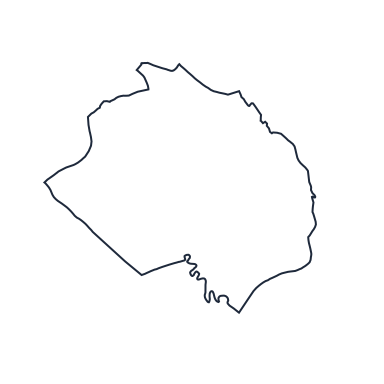 Kushar, Hajjah, Yemen (Equal Earth projection), rotated 139°
{"feature_id": "15242507B36240154715338", "entity_name": "Kushar", "entity_type": "district", "adm_level": 2, "iso_a3": "YEM", "parent_name": "Yemen", "parent_adm1": "Hajjah", "projection": "equal_earth", "projection_center": [43.47, 16.172], "detail": "fine", "context": "isolated", "style": "outline", "palette": "slate", "viewbox_px": 384, "rotation_deg": 139, "n_neighbors": 0, "source": "geoboundaries", "source_scale": "gbopen_adm2", "svg_char_len": 5412}
<svg xmlns="http://www.w3.org/2000/svg" viewBox="0 0 384 384"><g transform="rotate(139 192 192)"><path d="M297.1,296.0L296.9,294.7L296.9,291.9L297.0,289.3L297.5,286.4L298.3,284.0L299.1,281.6L299.6,278.8L299.5,276.0L299.1,273.4L298.4,270.8L297.8,268.6L297.7,268.1L297.1,265.4L296.5,262.6L296.2,259.9L296.0,256.6L296.0,253.6L296.1,251.0L295.7,248.2L294.8,245.9L294.2,243.5L293.7,240.7L293.3,237.8L293.2,235.2L293.2,232.5L293.0,229.5L293.1,226.9L288.0,183.4L284.5,162.4L281.2,161.1L279.0,160.5L277.1,159.9L275.0,159.3L273.0,158.6L271.2,158.0L269.3,157.0L267.3,156.4L263.7,155.0L261.8,154.2L256.4,151.9L252.0,149.9L250.0,148.9L247.8,147.9L247.1,147.4L244.0,146.0L243.6,145.8L242.5,145.3L242.0,145.4L241.5,145.4L240.9,146.4L240.4,147.6L239.7,148.5L238.7,148.5L237.2,148.0L235.8,146.9L235.6,146.2L235.6,145.3L235.9,144.6L236.9,143.7L238.7,143.4L239.9,142.9L240.9,142.9L241.4,142.5L241.4,141.7L241.2,140.8L241.0,140.3L240.4,139.2L239.6,138.3L238.6,137.3L237.5,136.2L236.9,135.3L236.7,134.4L236.8,133.7L237.7,133.0L238.4,132.9L239.4,132.9L240.1,133.0L240.2,132.9L242.2,132.7L244.3,133.0L245.8,132.7L246.4,132.3L246.9,131.2L247.0,130.8L247.2,130.0L247.2,129.2L247.0,128.5L246.6,128.2L245.9,128.2L244.9,128.2L244.2,128.7L243.5,128.8L242.8,129.1L242.1,129.2L241.6,129.2L240.9,129.1L240.5,128.6L240.3,127.9L240.2,126.8L240.2,125.7L240.8,125.1L241.9,124.6L243.9,123.9L244.7,123.5L245.1,122.8L245.1,122.3L244.8,122.0L244.4,121.5L242.1,120.6L240.5,119.7L239.6,118.8L239.3,117.7L239.6,116.5L239.9,115.9L240.6,115.0L242.7,113.1L244.9,110.6L246.5,108.8L247.6,107.5L248.8,106.6L249.7,106.1L250.5,105.3L251.4,103.9L251.9,102.2L252.1,100.7L252.2,98.9L252.0,98.2L251.6,97.7L251.2,97.8L250.3,98.3L249.4,99.0L248.8,99.5L247.3,101.6L246.4,102.6L245.6,103.4L245.3,103.7L244.2,104.3L243.3,104.5L242.7,104.5L242.2,104.2L241.8,103.6L241.8,103.0L242.0,102.2L242.4,101.0L243.3,99.3L244.2,97.5L244.9,95.4L244.9,95.0L245.0,94.2L245.0,93.3L244.7,92.6L244.4,91.9L244.2,91.6L243.9,91.6L243.5,91.6L243.3,92.1L242.9,92.8L242.8,93.1L242.2,93.9L241.6,94.6L240.8,94.9L240.0,95.1L239.4,95.1L238.9,94.9L238.5,94.8L236.4,93.3L235.5,92.4L234.8,91.1L234.6,90.1L234.6,89.0L234.6,88.8L234.9,87.9L235.4,87.0L236.0,86.2L236.9,85.9L237.5,85.4L237.9,85.1L238.2,84.3L238.2,83.3L238.2,81.7L236.9,76.7L235.9,71.2L235.7,70.1L219.5,74.5L210.5,76.9L206.5,77.4L203.5,77.4L203.0,77.4L201.1,77.3L200.6,77.3L197.6,77.0L194.9,76.5L193.1,75.8L192.6,75.6L190.2,75.3L187.7,74.5L185.6,73.9L185.3,73.8L182.8,73.1L180.4,72.6L177.7,71.7L175.1,70.4L172.6,69.1L172.3,69.0L170.3,67.7L168.1,66.2L165.9,64.7L163.5,63.8L161.8,63.3L160.9,63.0L159.6,62.5L158.5,62.4L157.0,62.2L156.0,62.0L154.5,61.8L153.5,61.8L152.6,61.7L152.0,61.7L151.0,61.7L149.3,61.8L148.8,62.1L147.0,63.0L146.5,63.5L146.0,63.9L145.6,64.3L144.7,65.1L144.4,65.3L143.9,65.7L142.7,66.8L142.0,67.8L141.2,69.2L140.7,70.1L139.8,71.7L138.5,74.2L137.2,76.8L135.6,79.4L133.9,81.7L131.6,82.0L126.8,83.5L124.5,84.0L122.0,84.9L119.8,86.2L118.2,88.4L116.9,91.2L115.7,93.8L114.7,96.1L114.6,96.4L114.2,97.8L112.2,99.9L110.2,101.8L107.2,104.4L105.3,108.6L104.7,109.6L104.0,109.4L103.4,107.7L102.6,107.2L102.0,107.7L101.6,109.2L101.8,112.2L100.9,115.4L98.9,117.5L98.2,118.9L97.0,122.6L90.7,131.8L90.5,133.2L90.4,136.2L90.5,137.0L90.8,139.4L91.1,142.6L90.9,145.3L90.9,145.7L90.1,148.6L88.7,151.3L87.4,153.8L86.1,156.2L84.7,159.1L84.4,162.2L84.8,164.2L84.9,165.1L85.6,168.2L85.6,168.9L85.8,171.3L86.2,174.5L86.6,177.5L88.9,180.9L91.8,183.8L93.2,183.9L93.7,186.2L92.2,189.5L92.1,192.9L90.5,194.4L90.7,197.0L93.3,197.4L93.3,200.6L93.4,200.8L93.1,201.0L90.9,203.4L89.3,204.9L89.0,208.1L88.6,211.2L88.2,214.5L87.9,217.9L87.9,219.0L88.9,219.9L91.3,219.6L92.2,219.3L92.7,219.8L92.9,220.7L92.6,225.2L92.0,228.1L92.4,231.2L91.4,233.5L90.3,237.2L99.0,241.0L101.0,241.9L101.6,242.8L102.6,244.3L104.5,246.8L106.2,249.0L107.7,251.3L109.5,253.8L110.8,256.7L111.4,259.3L111.5,259.8L112.5,262.5L113.4,266.0L114.0,269.4L114.8,273.0L115.3,275.9L115.6,279.1L116.0,282.1L116.5,285.3L116.8,288.4L117.2,291.3L117.7,294.4L117.7,296.8L118.3,296.8L118.7,296.8L119.3,296.6L119.6,296.5L120.0,296.5L120.4,296.3L121.2,296.1L121.6,295.9L121.9,295.9L122.4,295.8L122.7,295.8L123.1,295.8L123.4,295.7L123.8,295.7L124.2,295.7L124.4,295.7L124.8,295.7L125.0,295.7L125.3,295.7L125.5,295.8L126.0,295.8L126.4,296.0L126.7,296.0L126.9,296.2L127.3,296.3L127.6,296.5L127.8,296.7L128.0,296.9L128.3,297.2L128.5,297.5L128.8,297.9L128.9,298.1L129.1,298.4L129.3,298.8L129.5,299.1L129.7,299.4L130.0,299.9L130.3,300.4L130.5,300.8L130.6,301.1L133.2,304.9L138.1,313.1L139.3,315.7L140.7,318.5L140.9,318.7L141.2,318.8L141.6,319.1L142.1,319.5L142.4,319.8L142.7,320.0L143.0,320.3L143.6,320.8L143.9,321.0L144.5,321.4L144.8,321.8L145.1,322.0L145.5,322.3L145.9,322.3L146.6,321.4L153.7,320.3L153.4,318.8L152.6,311.9L152.8,309.6L154.5,304.1L155.6,301.1L157.0,298.7L157.4,298.2L157.6,298.0L167.2,303.3L172.5,305.1L173.2,305.3L176.4,306.2L178.6,307.9L180.6,309.7L182.7,311.0L185.0,312.1L187.3,312.7L189.7,312.8L192.1,313.5L194.4,314.2L194.9,314.0L196.6,316.4L199.1,318.3L202.3,317.9L204.7,317.3L206.3,316.1L208.7,316.7L211.1,316.6L213.9,316.6L216.5,317.2L221.3,316.9L226.1,310.5L229.5,304.9L230.0,303.8L230.4,303.1L232.2,299.8L234.7,296.0L235.4,295.4L237.6,293.4L238.2,293.0L243.1,290.6L249.4,288.8L252.5,288.8L254.4,288.7L258.8,289.0L261.9,289.6L263.7,290.1L270.8,293.0L273.9,293.8L279.3,295.1L280.0,295.1L285.4,295.4L293.0,296.2L297.1,296.0Z" fill="none" stroke="#1e293b" stroke-width="2"/></g></svg>